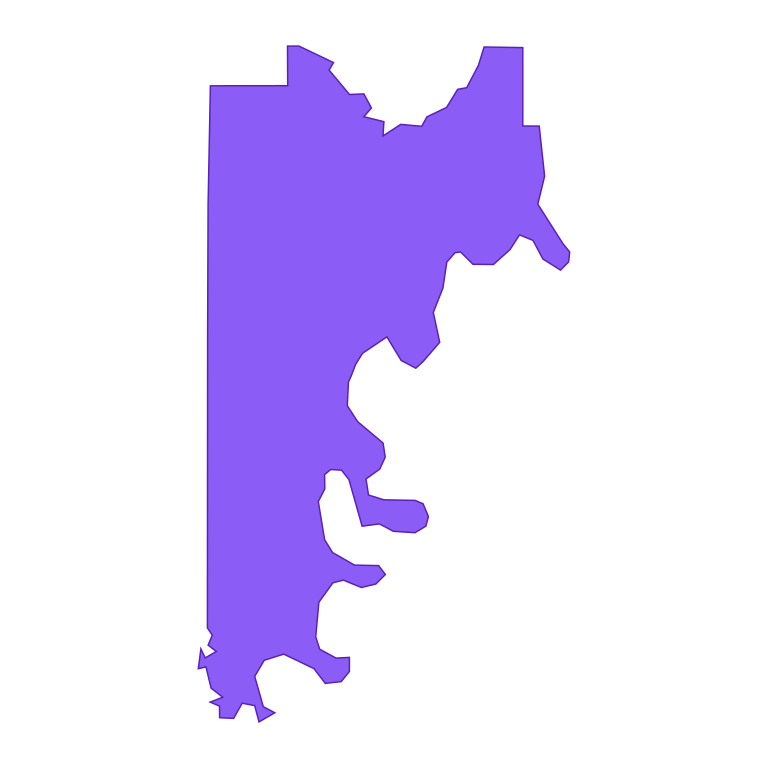 the district of Catahoula, Louisiana, United States of America
{"feature_id": "52423323B45931526647810", "entity_name": "Catahoula", "entity_type": "district", "adm_level": 2, "iso_a3": "USA", "parent_name": "United States of America", "parent_adm1": "Louisiana", "projection": "albers", "projection_center": [-91.808, 31.597], "detail": "fine", "context": "isolated", "style": "filled", "palette": "violet", "viewbox_px": 768, "rotation_deg": 0, "n_neighbors": 0, "source": "geoboundaries", "source_scale": "gbopen_adm2", "svg_char_len": 1510}
<svg xmlns="http://www.w3.org/2000/svg" viewBox="0 0 768 768"><path d="M210.4,85.8L208.1,203.9L207.6,342.2L207.6,366.9L207.4,627.9L212.3,635.2L208.1,645.1L216.3,651.5L205.2,657.9L200.9,648.9L198.3,668.7L206.0,666.9L211.1,688.2L222.7,697.2L210.2,702.1L219.5,706.1L219.6,717.7L233.6,718.4L242.2,703.2L254.7,705.6L259.0,721.9L274.8,712.8L263.3,706.7L254.7,676.4L264.2,660.3L283.7,654.1L313.9,668.6L325.3,683.4L341.2,681.6L349.4,671.5L349.4,657.4L336.0,658.1L319.7,649.2L315.7,636.7L318.9,602.2L332.9,582.8L343.3,580.1L361.4,587.5L375.8,584.0L385.4,574.5L378.6,565.6L354.5,565.1L332.6,552.6L324.6,539.7L318.3,501.5L324.8,488.9L324.6,474.6L330.7,469.5L341.6,470.2L349.0,479.7L362.1,526.2L379.4,523.9L393.3,531.3L415.0,532.7L425.9,526.1L428.4,516.5L423.1,503.8L415.2,500.4L383.7,499.8L368.5,495.0L366.0,479.0L379.8,469.0L385.2,457.2L383.1,443.1L357.6,421.6L347.3,405.7L348.4,382.7L348.8,381.2L351.5,375.2L355.6,364.4L362.6,353.2L386.9,336.9L401.2,360.5L415.8,368.2L423.0,361.6L439.7,342.3L433.3,312.4L442.9,288.1L446.8,262.1L454.9,252.8L460.5,251.9L473.0,264.3L493.4,264.5L510.0,249.6L519.5,234.9L533.0,240.4L542.9,259.0L560.5,270.1L568.6,261.9L569.7,252.0L563.1,243.9L537.8,204.2L544.6,176.2L539.2,126.1L522.8,126.0L522.8,47.6L484.1,47.0L478.4,65.4L466.7,87.7L457.7,89.3L446.6,107.4L427.0,116.8L421.7,126.3L400.7,124.4L383.0,135.9L383.9,121.7L363.8,116.7L371.4,108.0L363.9,93.9L349.5,94.5L329.1,70.1L333.5,62.6L299.0,46.1L287.5,46.1L287.7,85.7L210.4,85.8Z" fill="#8b5cf6" stroke="#5b21b6" stroke-width="1.5"/></svg>